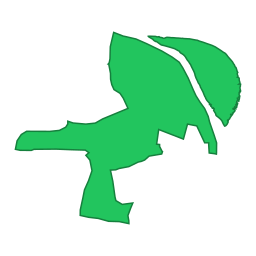 Waraq, Al Jizah, Egypt (orthographic projection)
{"feature_id": "37247803B78325352338503", "entity_name": "Waraq", "entity_type": "district", "adm_level": 2, "iso_a3": "EGY", "parent_name": "Egypt", "parent_adm1": "Al Jizah", "projection": "orthographic", "projection_center": [31.223, 30.097], "detail": "fine", "context": "isolated", "style": "filled", "palette": "green", "viewbox_px": 256, "rotation_deg": 0, "n_neighbors": 0, "source": "geoboundaries", "source_scale": "gbopen_adm2", "svg_char_len": 5438}
<svg xmlns="http://www.w3.org/2000/svg" viewBox="0 0 256 256"><path d="M132.8,203.0L122.2,204.4L115.9,200.6L115.0,197.0L112.8,181.3L110.4,170.1L115.8,169.8L119.0,168.5L128.9,166.6L137.5,162.4L138.4,162.0L141.3,161.4L144.7,160.0L149.1,156.1L161.7,154.0L162.5,151.6L162.0,151.2L159.6,146.5L159.6,144.5L156.6,144.2L158.7,129.5L183.4,139.1L187.5,124.1L196.8,125.9L204.7,142.8L208.7,142.8L208.7,144.8L209.2,153.0L214.5,153.7L216.4,154.1L216.5,152.8L216.6,142.9L214.2,135.4L209.6,122.1L208.2,116.4L204.6,108.5L200.1,102.3L196.0,95.8L193.3,90.0L188.2,78.1L182.8,67.9L179.2,62.2L172.0,57.0L161.8,51.0L146.7,43.7L136.0,39.0L127.8,37.1L127.0,36.9L124.8,36.4L123.2,36.1L113.7,32.4L113.4,33.6L110.3,46.7L110.0,58.7L109.2,62.8L108.3,63.9L108.7,63.9L110.5,73.3L110.6,79.3L111.8,84.7L114.0,89.6L120.0,93.3L123.3,98.2L128.0,108.4L102.7,118.9L95.3,123.1L85.8,124.1L73.1,123.0L67.8,121.2L67.8,124.0L65.7,127.2L59.4,130.4L49.9,131.4L26.6,131.3L21.3,134.5L17.1,140.8L15.4,149.3L20.2,150.3L31.3,150.4L34.0,149.3L56.1,149.1L71.4,149.7L85.3,150.1L88.9,152.7L85.9,155.3L89.9,160.1L92.0,170.7L88.6,180.6L84.5,189.8L82.9,197.9L80.3,209.9L80.2,215.4L88.7,217.3L98.2,218.4L108.6,221.3L119.3,221.6L128.9,223.6L128.8,220.6L127.9,215.6L130.6,208.3L132.8,203.0ZM155.9,41.6L156.2,41.5L156.4,41.5L157.7,42.4L160.7,44.6L161.5,45.0L164.5,45.7L170.2,47.3L174.4,48.6L175.2,49.0L176.3,49.6L178.4,50.8L179.1,51.1L179.3,51.2L179.7,51.6L179.9,52.3L180.1,52.5L181.0,53.2L182.4,54.0L183.1,54.5L183.8,55.1L184.6,55.9L185.2,56.6L187.4,60.2L188.7,61.7L189.3,62.8L190.1,64.0L190.7,64.8L191.2,66.1L194.0,71.7L194.8,73.9L195.1,75.4L196.0,77.9L196.4,78.8L197.4,80.8L198.1,82.5L198.4,83.1L199.4,84.4L199.8,85.3L200.1,85.8L200.4,87.1L201.1,88.3L203.1,92.2L204.2,95.0L204.8,96.4L205.5,97.5L205.6,97.9L205.8,98.4L205.8,98.5L206.8,100.2L207.8,101.4L208.5,102.2L209.3,102.8L209.4,104.0L209.5,104.5L209.7,104.4L209.9,104.1L210.3,104.1L210.7,104.2L210.8,104.4L210.8,104.7L211.1,104.7L211.3,104.9L210.7,105.6L210.8,106.2L211.0,106.4L211.5,106.7L211.7,107.0L212.3,107.8L212.2,108.0L212.4,108.2L212.5,108.3L212.9,108.3L213.2,108.0L213.3,107.9L213.9,108.5L214.2,108.8L214.2,109.1L213.9,109.7L213.8,109.8L213.6,110.2L213.9,110.9L215.3,113.1L215.6,113.7L215.9,115.0L216.1,115.4L216.5,115.9L217.5,116.6L219.8,118.5L221.1,119.8L221.6,120.5L222.1,121.2L222.6,122.4L223.4,124.1L224.6,126.1L224.8,126.1L225.6,125.8L226.0,125.5L226.3,125.1L226.9,124.5L227.3,123.8L227.9,122.6L228.1,122.2L228.1,121.9L227.8,121.5L227.8,121.4L228.1,121.1L228.2,120.9L228.0,120.6L227.5,120.3L227.5,120.2L227.9,119.9L228.2,119.9L228.4,120.0L228.5,120.0L229.0,119.3L229.5,119.0L229.6,118.7L230.3,117.4L231.2,116.1L231.7,115.3L231.7,115.2L231.1,114.9L230.9,114.8L230.6,114.3L230.3,113.9L231.0,114.5L231.3,114.7L231.9,114.9L232.2,114.9L232.4,114.6L232.9,113.6L232.5,113.2L232.8,112.9L233.3,112.8L233.6,112.3L234.1,112.0L234.2,111.7L234.6,111.3L235.0,110.8L235.0,110.6L235.0,110.4L234.9,110.2L234.8,109.9L234.3,109.5L233.9,109.4L233.4,109.2L233.1,109.1L233.0,108.8L233.0,108.6L233.3,108.3L233.5,108.3L234.3,108.5L234.8,108.7L235.0,108.6L235.2,108.4L235.7,108.6L235.6,108.2L234.6,107.1L234.6,106.9L234.7,106.7L235.0,106.7L235.6,107.3L235.9,107.5L236.2,107.6L236.5,107.5L236.7,107.3L236.7,107.1L236.7,106.5L236.9,106.2L236.9,105.9L236.7,105.7L236.1,105.4L235.9,105.2L235.7,104.9L235.8,104.8L235.9,104.7L236.2,104.7L236.5,104.7L236.9,105.0L237.1,105.0L237.1,104.9L237.5,104.2L237.4,103.9L237.2,103.8L236.8,103.7L236.6,103.6L236.5,103.3L236.7,103.2L236.9,103.2L237.6,103.5L237.7,103.2L236.8,102.6L236.7,102.4L236.6,102.2L236.8,101.4L237.1,101.0L237.4,100.7L237.6,100.6L238.0,101.0L238.7,101.2L238.8,101.2L238.9,100.9L238.8,100.6L237.5,99.1L237.4,98.8L237.4,98.7L237.7,98.9L238.9,99.8L239.0,99.8L239.1,99.7L239.4,98.6L239.5,97.5L238.7,97.3L238.5,97.2L238.8,97.0L239.6,97.0L239.7,96.9L239.7,96.6L239.5,96.2L239.8,96.0L239.8,95.9L239.7,95.8L239.5,95.6L239.4,95.3L239.2,95.0L239.1,94.7L239.2,92.7L239.2,92.4L239.4,92.2L239.5,92.3L239.7,92.5L239.9,92.5L239.9,92.3L239.8,91.8L239.8,91.6L240.4,91.3L240.5,91.3L240.5,91.1L240.4,91.1L239.7,91.1L239.7,90.9L240.3,90.4L240.5,90.2L240.2,89.5L240.1,89.1L240.0,88.2L240.0,87.8L240.0,87.7L240.0,87.3L240.1,86.9L240.4,86.1L240.4,85.1L240.6,84.6L240.6,84.4L240.6,84.1L240.4,84.0L239.3,84.1L239.0,84.1L239.5,83.7L239.9,83.2L239.9,82.4L239.4,80.8L239.2,79.9L239.2,79.4L239.2,78.8L239.2,78.5L239.0,78.1L238.8,77.7L238.5,77.4L238.2,77.3L237.5,77.3L237.3,77.2L237.8,76.7L237.9,76.4L237.9,75.9L237.3,74.4L237.2,73.7L237.3,73.3L237.7,72.7L237.8,72.5L237.8,72.4L237.7,72.2L237.3,71.7L237.2,71.4L236.3,68.4L236.0,67.6L235.7,67.2L235.1,66.8L234.9,66.5L234.7,65.6L234.5,65.1L233.5,63.7L232.9,62.6L232.5,61.9L231.1,60.2L228.0,56.7L227.2,55.6L226.4,54.5L225.4,53.5L224.8,53.0L223.6,52.4L220.6,50.3L216.4,47.6L215.3,46.9L213.8,46.2L212.1,45.4L210.7,44.9L208.1,44.0L206.6,43.5L205.0,42.9L203.0,42.2L199.7,41.2L197.7,40.4L197.2,40.2L196.2,40.1L193.5,39.6L189.8,38.9L188.8,38.8L188.0,38.8L186.8,38.7L184.7,38.6L183.4,38.5L182.8,38.3L181.8,38.4L178.8,38.1L176.6,38.0L173.2,37.7L171.3,37.7L169.9,37.5L167.0,37.3L166.6,37.4L166.1,37.5L165.0,38.0L164.5,38.2L163.8,38.3L163.2,38.2L162.2,37.7L161.8,37.6L161.2,37.5L160.5,37.4L159.3,37.2L159.2,37.1L159.1,36.7L158.5,36.7L157.4,36.9L157.0,36.9L156.7,36.8L156.0,36.5L155.6,36.4L150.1,36.2L148.7,36.2L148.3,36.3L148.5,36.6L149.0,37.0L152.9,39.3L153.1,39.4L153.2,39.7L153.4,40.0L153.8,40.3L154.5,40.9L155.6,41.4L155.9,41.6Z" fill="#22c55e" stroke="#15803d" stroke-width="1.5"/></svg>